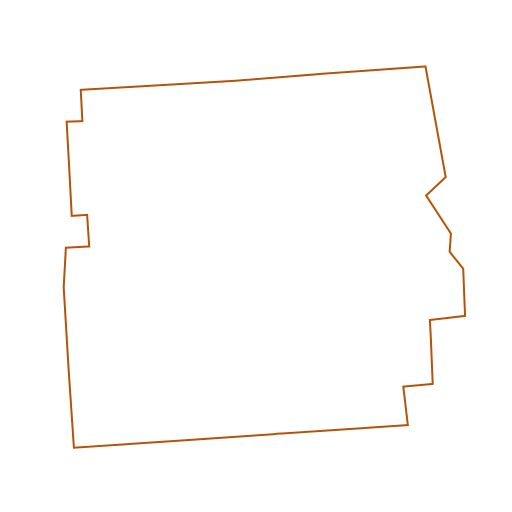 Franklin, Ohio, United States of America, rotated 173°
{"feature_id": "52423323B46586650957438", "entity_name": "Franklin", "entity_type": "district", "adm_level": 2, "iso_a3": "USA", "parent_name": "United States of America", "parent_adm1": "Ohio", "projection": "orthographic", "projection_center": [-83.012, 39.969], "detail": "fine", "context": "isolated", "style": "outline", "palette": "amber", "viewbox_px": 512, "rotation_deg": 173, "n_neighbors": 0, "source": "geoboundaries", "source_scale": "gbopen_adm2", "svg_char_len": 510}
<svg xmlns="http://www.w3.org/2000/svg" viewBox="0 0 512 512"><g transform="rotate(173 256 256)"><path d="M443.7,287.4L450.7,248.3L455.7,168.1L460.1,87.9L288.6,78.5L260.8,77.0L255.8,77.0L251.2,76.6L125.9,69.7L125.7,108.4L96.2,107.5L92.5,152.9L91.2,171.3L55.8,171.1L51.9,218.1L63.3,236.6L59.8,254.5L79.8,295.3L58.1,311.2L64.7,423.5L166.1,428.7L254.4,432.4L409.7,442.3L411.9,411.0L427.6,412.4L430.2,373.0L434.0,318.3L418.6,317.4L420.4,285.8L443.7,287.4Z" fill="none" stroke="#b45309" stroke-width="2"/></g></svg>